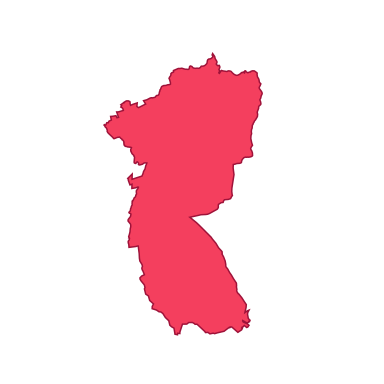 outline of Santamaria-Orlea, Hunedoara, Romania, rotated 295°
{"feature_id": "2599482B19337014542277", "entity_name": "Santamaria-Orlea", "entity_type": "district", "adm_level": 2, "iso_a3": "ROU", "parent_name": "Romania", "parent_adm1": "Hunedoara", "projection": "orthographic", "projection_center": [23.001, 45.57], "detail": "fine", "context": "isolated", "style": "filled", "palette": "rose", "viewbox_px": 384, "rotation_deg": 295, "n_neighbors": 0, "source": "geoboundaries", "source_scale": "gbopen_adm2", "svg_char_len": 6055}
<svg xmlns="http://www.w3.org/2000/svg" viewBox="0 0 384 384"><g transform="rotate(295 192 192)"><path d="M67.0,220.9L65.5,225.4L61.9,228.2L61.2,230.5L61.0,233.2L55.9,236.7L56.5,239.2L57.9,238.7L58.6,240.8L60.0,240.2L68.2,239.2L70.1,243.1L72.3,244.2L73.9,247.5L73.8,249.4L73.4,250.7L74.3,252.4L71.0,262.6L70.3,263.6L71.5,265.8L71.0,268.2L73.0,270.9L73.2,272.4L75.0,274.4L79.3,279.9L85.2,283.0L85.0,283.6L86.2,284.2L86.4,285.4L84.2,292.9L88.0,295.2L89.5,295.3L89.7,294.5L90.8,294.6L90.9,295.1L93.1,295.8L92.3,298.8L93.1,299.6L95.3,300.0L95.9,297.8L95.8,293.4L96.5,292.4L97.0,292.3L96.6,295.9L96.8,297.5L97.8,298.2L98.8,298.2L98.8,298.9L100.3,298.8L100.6,297.7L101.4,296.3L104.5,294.1L106.2,293.5L109.0,293.6L107.7,292.4L105.1,290.9L110.2,289.8L112.9,288.8L114.7,285.8L117.2,281.9L119.4,277.4L119.4,276.9L120.2,275.5L121.1,274.4L121.7,274.1L122.6,273.9L124.9,272.3L125.7,272.1L128.1,270.8L128.4,270.4L130.9,266.3L133.3,262.9L134.9,260.1L137.3,256.9L138.5,254.5L139.0,254.0L140.8,253.1L143.5,251.2L146.5,248.1L148.5,245.4L149.0,245.4L150.7,244.4L152.7,239.6L155.6,235.4L158.0,230.3L159.1,228.5L164.9,212.6L166.1,209.0L168.2,200.7L173.7,207.9L174.8,209.2L175.4,210.1L177.5,214.1L178.5,215.6L180.0,217.0L187.1,222.2L188.5,222.4L189.4,222.3L190.5,221.7L191.9,221.2L194.5,222.8L195.7,224.6L197.5,224.4L198.7,224.7L200.6,228.0L202.2,229.7L202.6,229.8L204.4,229.8L205.9,230.1L206.7,229.4L209.3,227.8L212.4,226.5L225.5,222.7L231.2,219.1L234.4,217.8L235.5,219.3L236.7,220.5L238.2,223.2L239.1,224.1L239.7,224.3L241.0,223.9L242.7,223.8L245.0,224.5L246.2,225.7L246.6,226.9L247.2,227.8L247.5,228.7L248.8,230.5L250.0,231.4L250.6,231.5L252.9,230.3L254.4,228.9L255.6,227.2L256.2,226.8L257.8,226.7L259.9,227.1L261.7,225.4L265.3,222.7L268.1,221.6L270.0,221.4L271.7,220.3L273.6,219.6L275.3,219.5L278.0,218.5L279.1,218.7L280.2,218.5L281.4,218.7L282.6,218.6L284.4,219.1L288.0,219.4L290.3,218.6L291.5,217.6L292.3,217.3L296.0,217.0L297.4,216.4L298.1,216.4L300.0,217.2L300.5,217.3L301.4,217.0L302.8,216.0L304.2,214.5L306.1,214.6L308.3,214.1L310.5,214.1L311.3,213.8L312.4,212.6L314.1,209.5L314.7,208.9L315.3,208.7L317.2,208.8L319.1,208.7L319.3,208.4L319.6,207.4L320.1,206.6L322.0,205.3L322.8,204.5L324.0,202.7L326.0,201.3L327.1,200.9L327.5,200.5L328.1,197.4L327.7,196.3L327.3,195.5L326.3,194.4L325.6,194.3L325.1,193.5L323.7,192.2L323.7,191.2L323.8,190.3L324.4,189.5L324.3,188.9L323.9,188.7L323.5,188.9L322.7,188.9L322.2,189.3L322.0,189.2L322.5,188.3L322.5,187.7L321.7,187.5L321.1,186.3L320.1,186.1L318.4,185.1L317.1,184.0L316.6,183.1L316.4,182.6L316.4,180.6L317.0,178.4L317.8,176.5L317.8,175.8L317.4,174.3L317.0,173.5L316.0,172.8L314.8,168.8L314.6,167.3L311.1,166.7L311.3,165.9L313.6,166.0L314.2,164.7L316.6,164.6L317.4,164.2L318.3,163.2L318.2,162.9L317.5,162.4L317.4,162.1L317.6,161.1L318.2,159.9L319.9,159.9L320.8,159.4L322.7,156.6L324.4,155.3L326.2,152.2L324.7,152.3L323.8,153.5L323.1,153.8L321.1,152.9L320.2,152.0L319.6,151.0L318.5,150.4L317.7,150.4L315.3,151.1L314.5,151.1L312.5,150.4L311.4,149.6L310.6,148.6L310.2,147.6L309.7,147.1L308.5,147.0L307.2,146.2L307.0,145.9L306.3,144.1L305.5,142.8L305.0,141.1L305.1,140.2L305.7,138.9L305.6,137.4L304.8,136.8L302.7,137.3L302.0,137.2L301.6,136.9L301.2,136.0L300.9,135.0L300.4,134.0L299.9,130.5L298.8,128.8L298.2,127.4L294.3,123.9L293.8,123.9L293.4,124.5L293.1,124.6L292.2,124.1L291.6,123.3L290.5,122.9L290.1,122.9L289.5,123.3L288.4,123.5L286.4,123.1L285.2,123.2L284.5,124.1L282.2,126.1L280.7,126.9L280.1,126.6L278.7,124.4L277.7,123.5L276.4,121.2L274.8,120.0L273.9,119.9L271.6,120.1L270.9,119.8L270.1,120.2L268.9,120.2L267.1,120.7L265.9,120.7L265.1,120.2L264.7,119.4L264.3,119.0L262.3,118.5L261.3,117.4L261.1,116.9L260.5,116.3L260.4,115.6L260.0,115.0L259.4,114.3L256.5,112.1L254.3,109.5L252.1,112.8L245.9,107.9L245.9,107.1L246.1,106.8L246.1,106.3L246.2,105.9L249.6,104.7L246.6,101.5L244.6,99.7L245.9,98.6L247.5,97.7L247.7,97.4L247.7,95.9L247.2,94.7L246.7,93.9L244.4,92.4L244.2,92.7L243.2,91.8L241.0,90.6L240.6,91.7L238.9,91.6L238.7,93.5L238.5,93.8L237.6,94.8L237.4,94.9L236.9,95.3L233.4,91.3L232.7,89.9L228.6,93.9L227.6,92.6L228.7,91.3L229.0,90.8L227.1,88.1L226.1,86.3L223.1,88.5L221.1,86.8L219.7,86.9L219.3,86.8L219.1,85.9L218.8,85.5L216.3,85.5L215.9,84.8L216.0,84.1L215.5,84.0L215.3,84.7L214.4,85.7L214.0,86.7L213.9,87.3L212.2,89.1L211.2,89.4L210.9,89.7L210.2,90.7L209.6,92.2L207.9,97.4L207.3,98.3L207.5,99.0L209.9,101.2L211.2,103.2L210.5,104.9L210.4,105.9L209.8,106.5L209.9,106.9L209.5,108.0L208.7,109.0L208.2,109.4L207.7,109.4L206.7,110.2L206.1,110.4L205.8,110.8L205.9,111.1L205.3,111.8L205.2,112.2L205.6,113.6L205.6,114.0L205.6,114.5L206.7,117.7L206.6,118.4L204.6,118.5L203.2,119.2L203.1,119.7L202.5,120.0L202.3,120.5L201.4,121.4L200.8,123.2L200.6,123.5L200.5,123.9L199.8,124.4L199.8,124.6L199.3,125.2L194.6,126.9L194.0,127.4L193.9,128.3L194.1,129.0L195.9,129.3L196.2,129.6L196.2,129.9L195.9,130.7L195.3,131.6L194.4,131.8L194.2,132.2L194.4,133.2L196.2,135.3L198.1,136.4L198.6,137.2L199.2,138.8L198.0,139.0L196.2,139.0L193.0,139.7L190.2,139.4L188.1,139.8L185.3,139.9L178.2,132.3L183.0,130.2L177.1,128.0L176.8,128.7L175.5,129.5L172.2,132.8L173.7,134.3L169.8,136.0L172.0,139.2L173.7,140.9L173.7,141.4L171.9,141.5L169.9,141.0L168.7,141.4L166.7,142.6L165.4,142.4L163.9,142.8L163.1,142.5L162.4,142.1L160.1,142.2L158.6,141.7L158.6,142.0L156.7,142.3L155.1,143.2L153.3,143.1L152.2,143.4L150.8,143.4L149.4,143.9L148.2,143.9L147.4,143.5L146.8,143.5L146.6,143.6L146.3,144.5L146.5,145.4L146.2,146.0L143.8,146.6L140.2,145.8L139.1,146.1L138.6,146.4L137.0,149.7L136.2,150.4L134.5,151.2L132.8,151.5L129.5,152.7L126.3,153.3L124.9,153.4L124.1,154.3L123.7,154.2L123.7,154.8L123.4,155.0L122.1,155.3L120.4,155.0L119.0,155.7L117.7,156.9L115.2,158.3L118.9,164.2L119.9,165.3L120.3,166.1L113.8,170.2L109.8,172.3L107.4,173.9L105.1,177.4L103.7,178.5L101.8,178.7L100.5,179.7L99.5,181.1L96.9,183.8L94.6,181.9L92.2,181.1L91.0,181.8L89.8,183.6L87.7,188.0L85.5,189.8L84.1,189.8L79.9,193.2L79.4,196.4L75.8,199.5L74.3,204.4L71.5,204.3L69.4,205.2L70.0,209.7L69.5,212.7L70.1,214.4L69.6,216.9L67.0,220.9Z" fill="#f43f5e" stroke="#9f1239" stroke-width="1.5"/></g></svg>